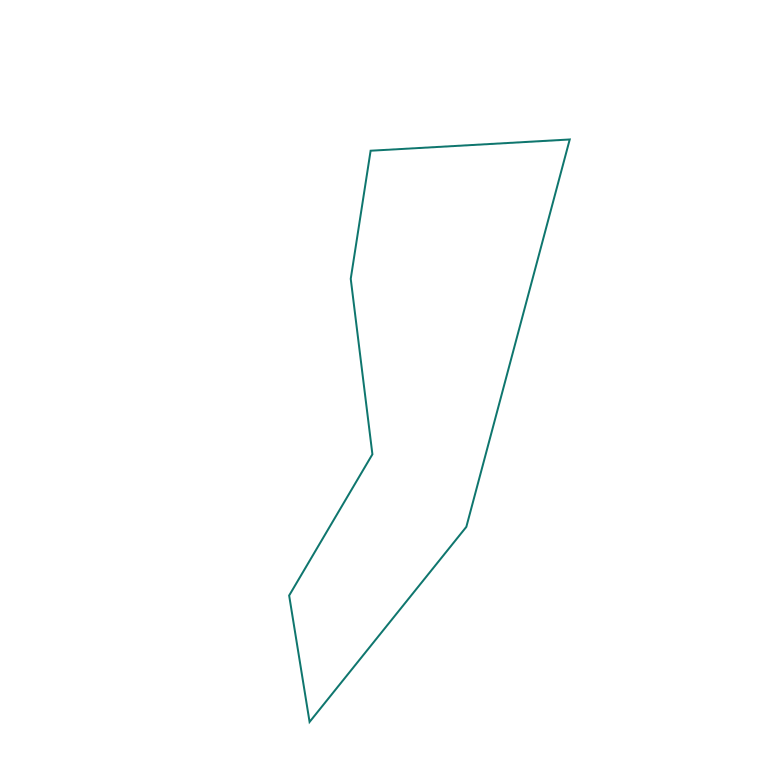 SVG path tracing the border of Seychelles, rotated 40°
{"feature_id": "SYC", "entity_name": "Seychelles", "entity_type": "country or territory", "adm_level": 0, "iso_a3": "SYC", "parent_name": "Seven seas (open ocean)", "parent_adm1": "", "projection": "equal_earth", "projection_center": [55.482, -4.672], "detail": "fine", "context": "isolated", "style": "outline", "palette": "teal", "viewbox_px": 768, "rotation_deg": 40, "n_neighbors": 0, "source": "natural_earth", "source_scale": "50m", "svg_char_len": 260}
<svg xmlns="http://www.w3.org/2000/svg" viewBox="0 0 768 768"><g transform="rotate(40 384 384)"><path d="M538.9,440.5L544.2,690.7L447.3,607.0L420.3,445.3L290.9,324.8L223.8,213.9L369.1,77.3L538.9,440.5Z" fill="none" stroke="#0f766e" stroke-width="2"/></g></svg>